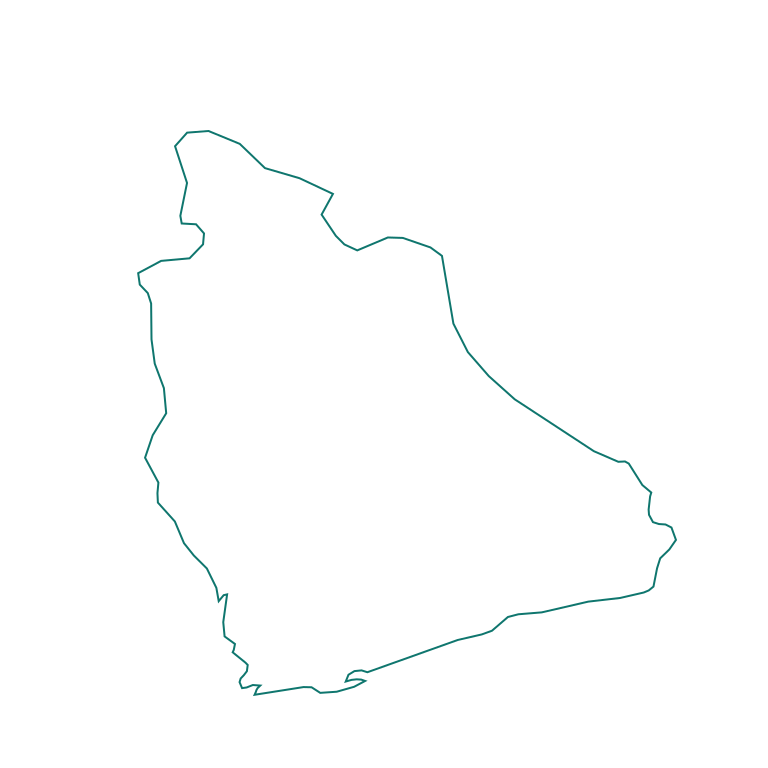 outline of Akwa Ibom, rotated 347°
{"feature_id": "NGA-2842", "entity_name": "Akwa Ibom", "entity_type": "State", "adm_level": 1, "iso_a3": "NGA", "parent_name": "Nigeria", "parent_adm1": "", "projection": "mercator", "projection_center": [7.82, 5.014], "detail": "fine", "context": "isolated", "style": "outline", "palette": "teal", "viewbox_px": 768, "rotation_deg": 347, "n_neighbors": 0, "source": "natural_earth", "source_scale": "10m", "svg_char_len": 1496}
<svg xmlns="http://www.w3.org/2000/svg" viewBox="0 0 768 768"><g transform="rotate(347 384 384)"><path d="M601.4,513.7L604.6,516.6L613.0,540.6L620.0,549.9L618.0,553.4L613.6,565.9L612.8,571.1L615.0,579.1L620.4,582.3L626.7,584.2L631.8,588.5L633.4,601.6L624.8,609.4L613.9,616.0L608.6,625.0L601.0,642.0L595.5,644.7L590.2,645.6L565.9,645.6L534.1,642.0L486.3,642.0L463.1,638.6L452.3,638.9L433.7,648.7L422.9,650.0L398.3,650.0L303.0,661.1L297.7,658.0L290.6,657.1L284.0,659.3L279.8,665.3L285.8,665.0L290.9,665.6L295.3,666.9L298.8,669.1L286.8,672.3L268.7,673.2L252.4,670.6L245.2,663.2L237.4,661.2L188.0,657.7L189.8,655.3L190.9,653.5L192.4,651.9L195.6,650.0L188.5,647.8L181.9,648.8L177.3,648.4L176.2,642.0L178.1,638.7L181.9,636.2L185.8,633.0L188.0,627.1L186.3,624.3L176.2,611.4L177.8,609.3L180.3,603.8L171.9,594.1L173.8,579.9L183.8,553.7L180.3,553.7L174.1,558.4L174.8,544.9L169.9,523.9L160.1,508.3L153.3,494.1L149.3,470.9L137.0,448.7L138.7,439.4L142.0,429.3L134.6,402.1L147.1,381.9L165.2,363.5L168.6,338.5L165.2,312.6L167.5,288.2L175.2,253.2L174.3,242.3L168.4,232.2L169.4,220.7L194.5,213.9L222.8,217.8L239.1,207.2L242.5,196.8L236.8,186.1L223.0,182.1L223.4,174.3L237.3,143.8L233.9,105.3L248.7,94.8L269.9,98.0L297.5,117.6L316.6,146.9L348.0,164.5L377.0,187.3L361.3,204.9L370.4,228.8L376.8,239.1L388.0,247.8L420.7,242.1L435.2,245.9L460.0,261.4L469.3,272.2L465.2,340.8L472.9,371.8L487.9,399.9L507.9,428.3L573.4,496.7L594.8,512.5L601.4,513.7L601.4,513.7Z" fill="none" stroke="#0f766e" stroke-width="2"/></g></svg>